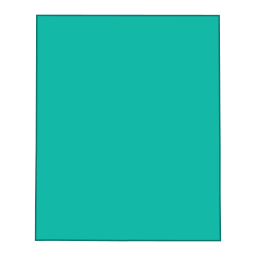 Portage, Ohio, United States of America
{"feature_id": "52423323B44702428912558", "entity_name": "Portage", "entity_type": "district", "adm_level": 2, "iso_a3": "USA", "parent_name": "United States of America", "parent_adm1": "Ohio", "projection": "albers", "projection_center": [-81.208, 41.168], "detail": "fine", "context": "isolated", "style": "filled", "palette": "teal", "viewbox_px": 256, "rotation_deg": 0, "n_neighbors": 0, "source": "geoboundaries", "source_scale": "gbopen_adm2", "svg_char_len": 369}
<svg xmlns="http://www.w3.org/2000/svg" viewBox="0 0 256 256"><path d="M36.8,15.4L36.7,60.1L36.4,148.2L36.1,170.3L35.9,191.7L35.7,207.6L35.7,217.1L35.6,240.2L52.5,240.1L125.3,240.6L128.8,240.5L134.5,240.5L180.4,240.6L220.4,240.6L219.9,194.2L219.9,149.1L219.6,107.4L219.6,106.4L219.4,63.1L219.1,15.6L36.8,15.4Z" fill="#14b8a6" stroke="#0f766e" stroke-width="1.5"/></svg>